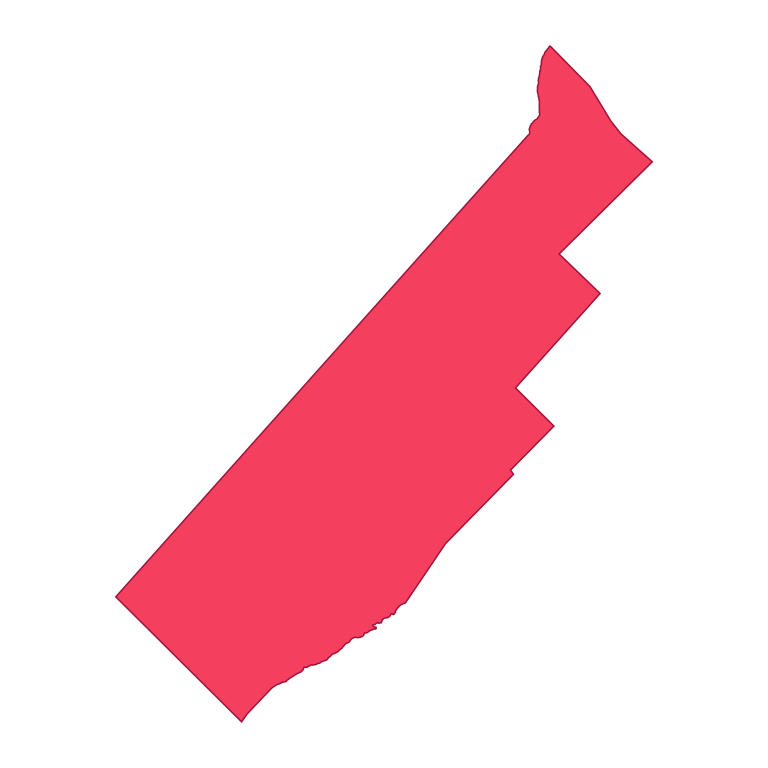 Colón, Buenos Aires, Argentina (Mercator projection)
{"feature_id": "61730980B58132582159451", "entity_name": "Colón", "entity_type": "district", "adm_level": 2, "iso_a3": "ARG", "parent_name": "Argentina", "parent_adm1": "Buenos Aires", "projection": "mercator", "projection_center": [-61.045, -33.853], "detail": "fine", "context": "isolated", "style": "filled", "palette": "rose", "viewbox_px": 768, "rotation_deg": 0, "n_neighbors": 0, "source": "geoboundaries", "source_scale": "gbopen_adm2", "svg_char_len": 3765}
<svg xmlns="http://www.w3.org/2000/svg" viewBox="0 0 768 768"><path d="M549.8,46.1L549.5,46.4L548.9,47.2L548.4,48.0L547.6,48.9L546.9,50.0L546.4,50.4L545.1,52.1L544.8,52.6L544.6,53.3L544.5,53.8L544.3,54.3L544.0,54.8L543.2,55.8L542.9,56.4L542.6,57.2L542.3,57.8L542.0,58.8L541.8,59.4L541.4,61.1L541.4,62.2L541.3,63.4L541.3,64.4L541.2,65.3L540.4,66.6L540.6,68.2L540.5,69.0L540.2,70.7L539.7,71.2L539.7,74.0L539.3,75.0L539.3,76.1L539.1,76.9L538.9,77.3L538.5,77.9L538.6,78.7L538.4,79.5L538.3,80.4L538.3,81.2L538.4,81.7L538.4,82.3L538.7,82.9L538.2,84.3L538.0,84.8L537.9,85.2L537.8,85.6L537.7,86.1L537.4,87.3L537.5,88.1L537.5,88.9L537.4,90.0L537.4,90.9L537.5,92.3L537.8,93.2L538.2,94.8L538.2,95.8L538.4,97.0L538.9,98.0L539.0,99.8L539.4,101.5L539.4,102.1L539.3,104.0L539.3,105.3L539.3,106.2L539.3,107.9L539.3,108.7L539.3,109.6L539.4,111.0L539.4,111.3L539.3,112.4L539.6,112.9L539.6,113.3L539.7,114.0L539.6,114.7L539.1,115.8L538.8,116.5L538.2,117.3L537.7,117.8L537.4,118.6L536.7,119.2L535.9,119.6L534.8,120.3L534.0,120.9L533.1,122.1L532.5,123.1L531.2,124.0L531.2,124.8L530.6,125.4L530.3,125.9L529.7,127.9L529.5,128.4L529.2,129.4L529.5,130.9L529.8,131.7L529.8,132.1L529.4,133.6L529.3,134.3L527.9,135.4L526.8,136.6L520.2,144.0L481.9,186.8L423.5,252.1L364.5,318.1L328.7,358.2L328.3,358.6L326.9,360.2L147.2,561.6L115.7,596.9L116.5,597.6L144.3,625.2L144.6,625.5L241.6,721.9L247.0,714.1L271.8,688.0L272.1,687.9L272.6,687.5L273.0,687.2L273.3,686.9L273.7,686.6L274.0,686.4L274.5,686.2L275.0,685.8L275.8,685.4L276.4,684.9L277.3,684.5L278.1,684.2L279.3,683.9L280.0,683.5L280.6,683.1L281.1,682.9L281.8,682.7L282.3,682.4L283.1,682.0L284.3,681.9L285.7,681.7L286.6,681.0L286.9,680.4L287.3,680.0L288.4,679.5L289.3,678.4L290.2,678.0L291.5,677.2L291.9,676.8L292.9,676.4L293.5,675.9L294.7,675.1L295.5,674.6L296.2,674.3L297.5,673.4L298.5,673.1L299.5,672.6L300.6,672.1L301.3,671.7L302.0,670.9L302.5,670.4L303.4,669.3L303.7,667.8L303.9,667.4L305.0,667.2L305.8,667.4L306.6,667.3L307.6,667.0L308.4,666.4L308.9,665.9L309.7,665.9L310.7,665.2L311.7,664.8L312.7,665.1L313.8,664.8L314.5,664.7L315.3,664.8L316.7,664.1L317.6,663.6L318.6,663.3L319.4,663.2L320.3,662.8L321.0,662.1L321.8,661.6L322.9,661.2L323.8,661.0L324.6,660.5L325.3,660.4L326.4,660.1L327.2,659.5L327.8,658.7L328.5,657.6L329.0,657.2L329.8,656.8L330.5,656.3L330.9,655.6L331.4,655.0L331.7,654.8L332.0,654.5L332.3,654.3L332.8,654.0L333.6,653.8L334.9,653.3L335.6,652.7L336.7,652.4L337.9,651.7L338.7,650.9L339.5,650.1L340.4,649.5L340.8,648.9L341.9,648.3L342.6,647.3L343.0,646.7L343.8,646.0L344.4,644.9L345.2,644.2L346.2,643.4L346.8,643.2L348.6,642.5L349.4,641.8L350.0,641.0L350.5,640.3L351.2,639.3L352.2,638.5L353.2,637.9L354.4,637.5L355.2,637.3L356.6,637.4L357.6,637.7L358.4,637.6L359.8,637.3L360.6,637.2L361.8,636.6L363.0,636.0L363.8,635.0L364.0,634.2L364.5,633.0L365.7,632.9L366.7,632.8L367.5,632.4L368.8,631.6L369.3,630.8L370.6,630.4L371.3,629.9L372.8,629.7L373.3,629.3L374.2,628.8L375.5,629.1L376.2,628.4L376.1,627.3L375.1,627.0L373.9,626.7L372.9,625.9L372.9,624.9L373.8,624.6L375.1,624.6L375.7,623.9L376.5,623.2L377.3,622.6L378.2,623.1L379.2,623.2L379.8,622.8L381.1,622.9L381.7,621.9L381.9,620.9L382.2,620.2L383.0,619.2L383.7,618.6L384.5,618.1L385.4,618.0L386.6,617.7L387.7,617.7L388.4,616.9L389.4,616.6L390.1,615.8L390.6,614.8L391.5,613.6L392.4,614.1L393.4,614.6L394.1,614.2L394.6,613.2L395.1,612.8L395.4,612.6L395.4,611.5L395.5,610.8L395.9,610.2L396.7,609.6L396.9,608.7L397.5,608.2L398.2,607.3L398.9,606.6L399.6,605.7L400.3,605.2L401.1,604.6L401.8,604.4L402.7,603.9L404.0,603.4L405.0,603.1L405.5,602.8L445.6,543.5L513.5,474.3L510.5,470.1L553.9,426.1L515.5,387.9L600.1,293.5L559.1,254.0L652.3,161.8L621.2,134.1L611.1,121.4L609.5,118.8L590.0,86.6L568.0,64.2L550.4,46.3L549.8,46.1Z" fill="#f43f5e" stroke="#9f1239" stroke-width="1.5"/></svg>